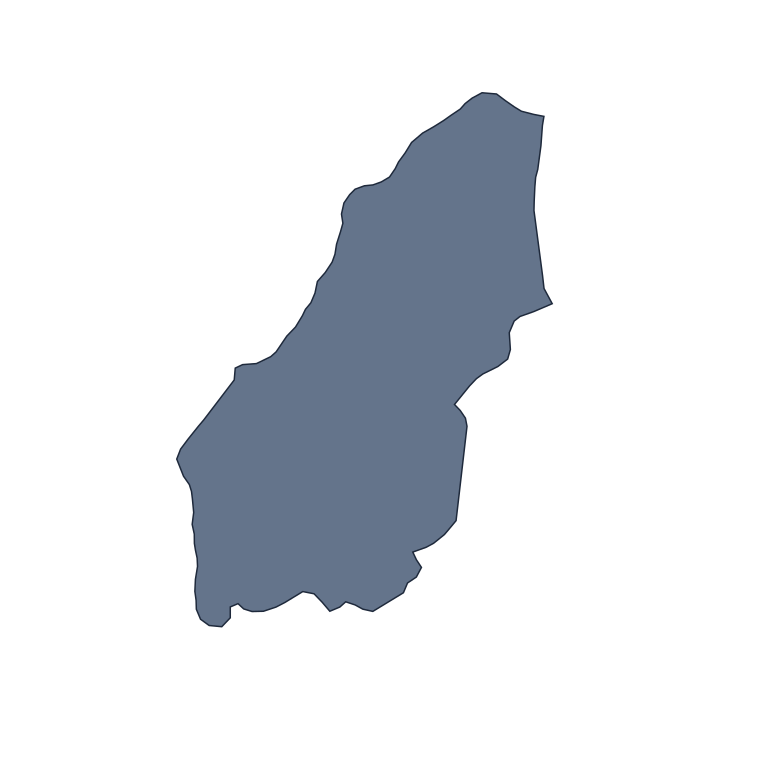 the district of Mineiros do Tietê, São Paulo, Brazil, rotated 234°
{"feature_id": "56859067B97164365361908", "entity_name": "Mineiros do Tietê", "entity_type": "district", "adm_level": 2, "iso_a3": "BRA", "parent_name": "Brazil", "parent_adm1": "São Paulo", "projection": "albers", "projection_center": [-48.43, -22.466], "detail": "fine", "context": "isolated", "style": "filled", "palette": "slate", "viewbox_px": 768, "rotation_deg": 234, "n_neighbors": 0, "source": "geoboundaries", "source_scale": "gbopen_adm2", "svg_char_len": 1645}
<svg xmlns="http://www.w3.org/2000/svg" viewBox="0 0 768 768"><g transform="rotate(234 384 384)"><path d="M350.1,567.3L367.2,569.6L378.7,576.1L436.2,607.3L443.4,612.8L454.8,621.9L462.1,628.2L467.2,634.5L484.5,651.0L500.0,664.1L506.5,670.7L514.1,663.6L523.9,655.5L531.6,652.3L542.0,648.7L552.5,645.5L562.0,634.5L563.5,623.4L563.2,614.5L561.6,607.3L562.0,596.3L562.1,587.2L562.9,575.4L564.3,562.8L563.2,548.3L558.5,536.9L555.1,526.3L551.6,519.6L548.2,510.1L549.1,500.5L551.6,492.0L555.9,484.6L558.6,475.1L557.4,467.6L554.0,458.0L546.5,449.5L538.2,445.2L532.6,438.1L525.0,427.8L517.8,420.6L513.1,413.7L508.7,401.9L506.1,390.4L498.1,381.6L492.7,372.6L490.6,364.4L487.2,358.1L482.1,345.9L479.9,333.6L473.4,315.6L472.7,308.4L475.5,292.8L482.8,281.0L484.3,273.0L475.3,265.2L460.9,217.1L459.0,209.3L454.6,193.2L450.9,181.2L445.1,172.2L427.2,167.6L417.0,167.4L410.2,165.1L403.9,161.6L391.9,154.5L383.2,146.3L374.1,142.3L366.5,136.9L360.2,133.7L353.0,130.5L346.0,125.9L336.8,116.6L327.4,109.1L319.4,104.8L312.1,99.8L301.5,97.3L291.4,100.6L283.0,110.1L285.2,122.2L294.0,128.6L292.1,136.8L284.5,138.3L277.5,143.5L271.0,152.9L267.0,165.5L265.5,175.4L264.8,184.2L263.8,196.3L255.4,204.1L243.8,205.7L232.0,206.6L229.5,217.2L230.3,225.0L222.2,230.8L214.3,234.5L206.6,241.3L203.7,277.0L209.2,286.1L208.8,296.7L213.6,306.5L222.7,306.9L231.1,308.5L227.1,322.3L226.0,330.6L226.7,344.4L229.2,354.6L231.1,362.0L301.0,426.3L308.5,429.8L317.7,430.1L326.0,429.0L332.2,452.2L334.0,462.0L334.0,470.0L331.2,486.4L331.5,498.7L337.6,506.5L345.7,511.6L351.9,515.5L358.4,526.3L358.7,533.7L354.5,547.9L350.1,567.3Z" fill="#64748b" stroke="#1e293b" stroke-width="1.5"/></g></svg>